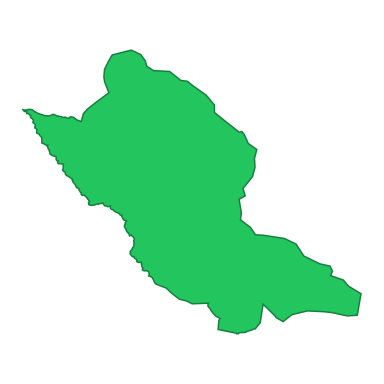 the district of Bulgan, Bayan-Ölgiy, Mongolia
{"feature_id": "93677404B54665990627190", "entity_name": "Bulgan", "entity_type": "district", "adm_level": 2, "iso_a3": "MNG", "parent_name": "Mongolia", "parent_adm1": "Bayan-Ölgiy", "projection": "robinson", "projection_center": [90.814, 47.037], "detail": "fine", "context": "isolated", "style": "filled", "palette": "green", "viewbox_px": 384, "rotation_deg": 0, "n_neighbors": 0, "source": "geoboundaries", "source_scale": "gbopen_adm2", "svg_char_len": 5854}
<svg xmlns="http://www.w3.org/2000/svg" viewBox="0 0 384 384"><path d="M244.1,134.3L241.9,131.6L239.2,132.2L226.5,122.2L214.5,112.5L214.4,105.0L206.2,95.2L193.2,86.0L187.4,81.3L180.7,80.4L169.7,71.5L153.5,70.6L146.9,66.4L145.3,61.0L140.9,54.7L131.3,50.1L112.2,54.9L107.8,62.6L104.5,69.4L103.9,77.1L104.6,81.8L108.9,92.8L96.1,102.2L87.1,109.4L83.3,113.8L81.3,121.5L78.7,120.6L77.0,120.1L76.6,119.6L75.9,119.4L75.6,118.9L74.7,118.4L74.3,117.7L72.6,117.0L71.8,117.0L71.2,116.8L70.6,116.8L70.2,117.0L69.6,117.3L69.3,117.9L68.8,118.2L67.9,118.2L66.3,117.9L65.8,117.4L65.0,117.1L64.4,117.2L63.9,117.5L62.2,117.1L60.6,116.6L58.7,116.3L58.1,115.9L57.2,116.1L56.6,115.9L55.8,115.2L53.4,114.3L52.3,114.6L50.1,115.7L49.1,115.9L47.4,116.0L47.0,115.7L43.9,115.5L42.1,114.6L40.4,114.3L37.5,113.1L34.1,111.3L33.2,110.4L32.5,109.9L31.4,109.6L30.1,109.3L28.7,109.5L27.9,109.5L27.3,109.6L26.7,109.9L26.2,110.1L23.7,109.9L23.0,109.7L23.1,110.0L23.4,110.3L24.1,110.9L24.3,111.5L25.2,111.6L26.4,111.4L26.6,111.5L26.8,111.7L26.8,113.5L27.7,113.5L28.6,113.7L29.2,114.7L30.8,115.6L30.8,115.8L30.5,116.4L30.5,117.2L31.3,118.2L32.0,118.4L33.0,119.6L33.4,120.0L33.4,120.3L33.2,121.0L32.9,122.2L33.1,122.9L34.2,123.5L34.4,123.8L35.1,124.3L35.2,124.7L35.2,125.8L35.3,126.4L35.3,126.5L34.8,126.9L34.8,127.8L35.2,128.2L36.5,129.0L37.0,129.6L36.8,130.3L36.7,131.6L36.6,132.1L36.6,132.9L37.6,133.5L39.1,134.1L39.8,135.5L40.3,136.1L40.6,136.4L41.4,137.0L41.5,137.0L41.5,137.3L41.6,137.7L41.8,139.2L41.8,140.0L41.9,141.1L41.8,141.8L41.8,143.0L42.1,143.2L43.0,143.5L44.4,144.0L44.8,144.5L45.1,144.6L45.6,144.7L46.5,145.4L47.4,145.3L47.0,145.7L47.0,146.0L47.8,147.0L47.9,147.8L48.2,148.8L48.4,149.2L48.8,149.6L49.3,150.2L49.4,150.4L49.2,150.8L49.2,151.1L49.7,151.9L49.7,152.5L49.9,153.3L50.0,154.0L50.4,154.2L51.3,154.9L52.2,155.2L52.5,155.5L53.0,155.8L54.2,156.2L55.3,156.3L55.6,156.5L56.0,157.0L56.3,157.6L56.2,158.2L56.1,158.5L56.2,159.8L56.9,160.6L58.2,161.1L57.8,161.5L57.6,162.1L57.7,162.8L57.9,163.3L58.0,163.5L58.3,163.7L59.0,163.8L60.2,163.7L61.1,163.8L61.7,164.0L63.2,164.1L63.5,164.6L63.2,165.4L63.2,166.0L63.3,167.4L63.0,168.1L63.2,168.8L62.6,169.9L62.6,170.1L63.0,170.8L63.4,171.2L65.3,172.2L65.5,172.6L65.2,173.1L65.2,173.6L65.5,174.3L66.1,174.8L66.4,175.5L66.6,175.5L67.2,175.9L68.1,176.1L69.4,177.2L70.6,177.9L70.9,178.3L71.7,178.9L72.6,179.1L72.2,179.6L72.2,180.0L72.4,180.5L72.7,180.8L72.6,181.2L72.7,181.5L73.1,182.2L74.6,184.0L75.3,184.6L75.6,185.4L75.6,185.7L76.1,186.4L76.3,187.2L76.4,187.5L77.0,187.8L77.8,187.9L78.9,188.7L78.9,189.6L79.2,190.5L79.5,190.9L80.0,191.2L80.2,191.8L80.4,192.2L81.3,192.7L81.1,193.7L81.1,194.1L81.2,194.3L81.5,194.5L82.0,195.2L82.2,195.4L82.5,195.4L84.3,195.0L84.9,195.9L85.6,196.3L85.9,196.8L86.5,197.3L87.4,198.5L87.6,199.1L88.5,199.7L88.6,199.9L88.8,200.6L89.6,201.4L88.4,202.6L88.5,202.9L88.8,203.2L88.7,203.7L88.7,204.4L89.2,204.9L90.0,205.1L91.6,205.3L93.5,205.2L95.4,204.7L96.0,204.4L97.1,204.1L97.5,204.1L98.3,204.2L102.0,203.2L102.9,203.1L103.0,203.2L103.5,204.3L104.6,205.7L104.9,205.9L105.3,205.9L106.4,205.9L106.9,206.4L107.7,206.7L109.1,206.5L110.3,206.1L110.2,206.5L110.6,208.5L111.6,209.3L112.9,209.8L113.6,210.3L113.9,210.8L114.9,211.5L116.0,212.1L117.8,212.7L118.5,213.4L119.4,213.6L119.8,214.6L120.4,215.1L121.1,215.4L121.9,215.3L121.8,215.7L121.9,216.2L122.0,217.0L122.6,218.0L122.7,218.4L123.1,218.9L123.5,219.7L124.4,220.2L125.6,220.3L126.3,220.6L126.5,221.3L125.7,221.8L125.3,222.5L125.3,222.8L125.1,223.3L125.1,223.8L125.4,224.2L124.8,224.7L124.5,225.2L124.5,226.6L125.2,228.1L125.3,228.5L125.5,228.8L125.8,229.1L126.2,230.0L126.4,230.6L126.8,231.0L126.7,231.3L126.9,231.7L127.1,231.9L127.5,232.2L128.0,233.0L128.3,233.2L129.0,233.4L129.1,234.9L129.7,235.8L129.9,235.5L130.1,235.4L131.4,235.0L131.7,235.7L131.8,235.9L132.4,236.3L133.1,236.5L133.6,237.8L134.4,238.3L134.4,239.3L133.8,240.3L133.7,240.6L133.8,241.9L134.2,242.8L134.2,243.0L133.8,243.8L133.8,244.5L133.9,245.7L133.9,246.1L133.6,246.5L133.4,246.9L132.5,247.9L132.4,248.1L132.3,248.7L132.0,249.0L131.8,249.8L131.6,250.0L130.8,250.6L130.2,251.4L130.2,251.7L130.5,252.2L130.5,252.5L130.3,252.8L130.1,253.5L130.2,253.8L130.6,254.6L131.2,255.1L132.0,256.2L132.2,256.4L132.7,256.7L133.5,256.9L134.2,256.9L134.3,257.5L134.4,258.0L134.7,258.4L135.7,259.0L136.5,259.3L136.6,259.8L136.9,260.3L136.7,261.3L137.0,261.8L137.8,262.3L138.2,262.4L139.0,262.3L140.2,262.5L141.0,262.3L141.3,262.2L141.6,263.2L141.5,264.1L141.8,265.3L141.9,266.6L142.2,267.1L142.5,267.4L142.6,267.9L142.9,268.3L142.3,269.3L142.3,269.6L142.4,269.8L143.3,270.6L144.2,270.8L144.6,270.9L146.1,270.7L146.7,270.7L148.2,271.5L148.6,271.9L148.9,272.6L149.0,273.3L149.3,274.3L149.2,275.0L148.7,275.7L148.7,276.0L149.4,275.9L149.7,276.0L150.3,276.5L151.8,277.2L152.2,277.6L153.5,279.9L154.2,281.6L154.7,282.4L155.2,283.5L155.9,283.6L155.8,283.9L156.0,284.1L166.3,288.1L171.6,293.2L179.2,299.1L186.6,301.0L192.1,303.8L208.4,303.2L207.9,305.0L207.9,305.8L208.3,306.7L208.9,307.6L210.0,308.5L211.1,310.7L214.4,314.7L216.2,316.5L217.0,316.7L217.9,317.3L220.0,318.3L218.8,320.8L218.5,324.4L218.1,329.5L236.3,333.2L236.6,333.4L236.7,333.7L236.9,333.9L237.5,333.7L238.2,333.7L238.8,333.2L239.4,332.8L240.5,332.7L241.4,332.5L242.6,332.6L245.0,332.4L245.9,332.1L246.6,331.6L247.9,331.2L248.5,330.9L251.1,330.3L251.9,330.0L252.5,329.5L253.8,328.9L254.3,328.9L254.6,329.0L255.0,329.0L255.3,328.8L260.2,322.7L263.1,304.3L266.0,307.0L274.8,315.7L276.2,317.7L283.1,321.6L292.0,314.6L307.5,310.9L323.9,311.7L332.1,312.6L347.2,315.9L357.3,315.2L361.0,293.7L357.6,291.7L348.3,286.0L343.4,280.1L330.6,275.6L332.5,271.2L330.0,266.1L319.7,263.8L303.8,256.0L296.0,244.0L284.4,238.5L263.9,235.3L255.5,234.8L250.4,227.4L240.5,219.8L240.8,216.8L241.4,213.3L239.1,199.3L245.2,195.8L243.0,188.5L252.6,176.5L255.0,167.3L254.5,158.4L256.8,149.5L248.3,143.5L244.1,134.3Z" fill="#22c55e" stroke="#15803d" stroke-width="1.5"/></svg>